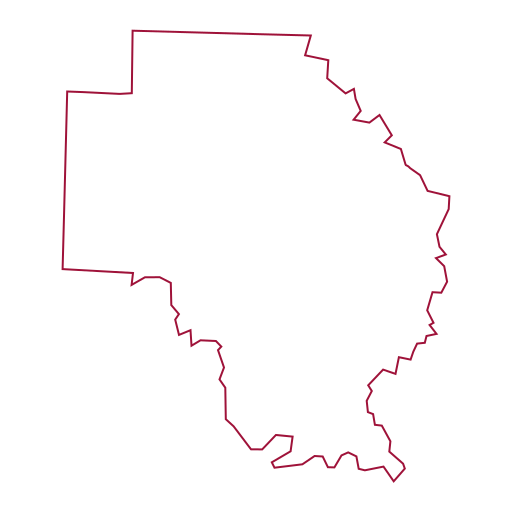 the district of Arkansas, Arkansas, United States of America
{"feature_id": "52423323B37981066335759", "entity_name": "Arkansas", "entity_type": "district", "adm_level": 2, "iso_a3": "USA", "parent_name": "United States of America", "parent_adm1": "Arkansas", "projection": "orthographic", "projection_center": [-91.279, 34.253], "detail": "fine", "context": "isolated", "style": "outline", "palette": "rose", "viewbox_px": 512, "rotation_deg": 0, "n_neighbors": 0, "source": "geoboundaries", "source_scale": "gbopen_adm2", "svg_char_len": 1332}
<svg xmlns="http://www.w3.org/2000/svg" viewBox="0 0 512 512"><path d="M67.2,91.5L64.0,216.4L62.6,269.1L133.0,273.0L131.6,284.9L144.9,277.3L159.7,277.2L170.8,282.9L171.3,305.1L178.9,314.1L175.2,319.6L179.0,334.9L190.5,330.2L191.5,345.7L200.5,340.3L215.9,341.0L221.3,346.6L218.0,350.1L224.0,367.5L219.5,379.4L225.3,387.7L225.8,419.2L233.6,426.3L251.0,449.3L262.2,449.4L275.9,435.0L292.6,436.6L290.6,451.3L271.8,462.3L274.5,467.7L302.4,464.3L314.6,456.0L322.7,456.5L327.9,467.2L334.4,467.4L341.5,455.4L348.2,452.4L356.4,456.4L358.7,468.8L364.9,470.3L383.5,466.6L393.7,481.3L404.8,468.6L403.1,463.7L389.3,451.6L390.4,441.3L381.8,425.6L374.9,424.8L373.1,414.1L367.9,412.1L366.7,400.8L371.8,391.0L368.2,385.3L383.1,369.6L395.5,373.9L398.9,357.2L410.6,359.6L413.3,351.7L417.1,343.6L424.8,342.8L426.5,336.0L436.5,333.9L429.6,325.0L433.5,322.8L427.2,310.3L432.5,292.2L441.3,292.7L447.1,281.7L444.2,266.2L436.0,258.1L445.8,254.5L439.5,246.8L436.9,234.2L448.7,209.1L449.4,196.2L427.6,190.9L420.1,175.2L410.2,168.2L408.8,166.8L407.9,166.1L405.9,165.1L405.5,164.4L400.9,149.0L384.7,142.4L391.8,135.3L379.5,115.0L369.4,122.6L353.6,119.7L360.7,110.9L355.6,99.0L353.9,88.9L345.6,93.4L327.2,78.3L328.3,60.2L305.1,55.3L310.8,35.5L260.0,34.2L132.6,30.7L131.8,93.2L119.7,93.9L83.2,92.1L67.2,91.5Z" fill="none" stroke="#9f1239" stroke-width="2"/></svg>